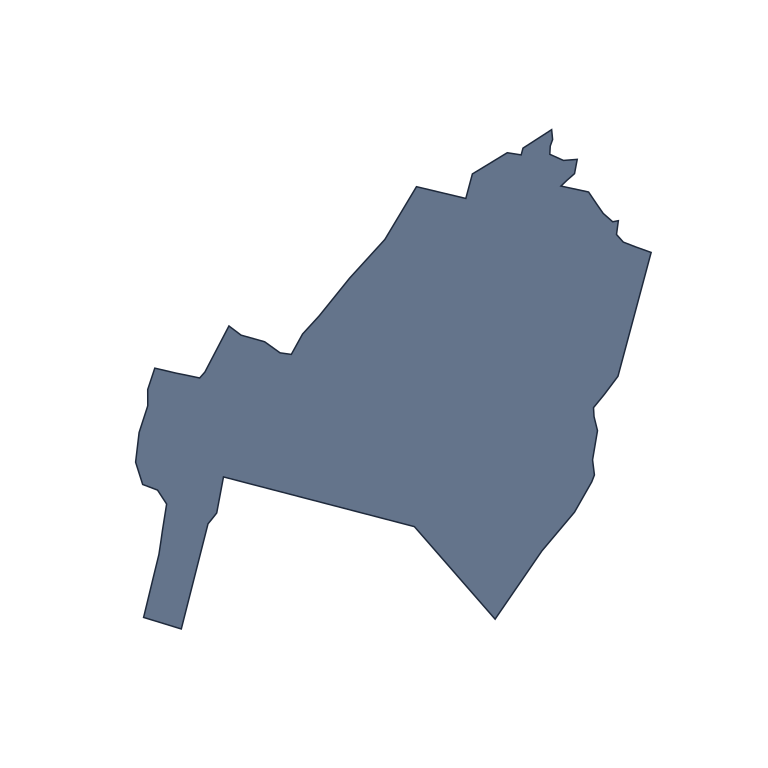 Yoloten, Mary, Turkmenistan (Mercator projection), rotated 105°
{"feature_id": "10190150B71181095534415", "entity_name": "Yoloten", "entity_type": "district", "adm_level": 2, "iso_a3": "TKM", "parent_name": "Turkmenistan", "parent_adm1": "Mary", "projection": "mercator", "projection_center": [63.056, 37.187], "detail": "fine", "context": "isolated", "style": "filled", "palette": "slate", "viewbox_px": 768, "rotation_deg": 105, "n_neighbors": 0, "source": "geoboundaries", "source_scale": "gbopen_adm2", "svg_char_len": 1117}
<svg xmlns="http://www.w3.org/2000/svg" viewBox="0 0 768 768"><g transform="rotate(105 384 384)"><path d="M458.5,166.8L424.8,158.0L417.4,157.2L403.3,162.9L373.8,165.7L361.1,172.7L352.6,175.5L337.1,168.5L316.0,160.0L282.9,160.0L246.3,160.0L211.1,160.0L187.8,160.0L186.4,176.9L185.0,189.6L179.4,198.1L165.6,199.9L168.1,205.1L162.5,216.4L155.4,224.8L145.6,236.1L147.0,264.3L139.9,260.0L131.5,254.4L117.0,255.5L121.6,268.5L119.2,283.3L111.1,285.0L104.2,284.4L95.7,287.6L94.9,287.9L120.2,310.8L127.2,310.8L128.7,324.8L158.2,353.0L183.6,353.0L185.0,403.7L244.2,420.6L290.6,444.6L335.1,464.3L356.8,475.6L379.4,481.2L380.8,492.5L374.1,510.2L373.8,534.7L368.1,548.8L418.8,560.1L425.9,563.6L426.7,578.4L427.3,587.5L428.0,609.5L450.5,610.8L466.0,606.6L467.4,606.6L494.2,608.0L523.8,603.7L543.5,591.1L545.1,575.3L556.2,562.9L582.9,560.1L592.7,558.9L606.9,557.3L616.1,557.1L629.8,556.8L630.1,556.8L671.7,555.8L671.7,555.7L673.1,516.4L564.6,517.8L559.3,515.4L551.9,512.2L515.3,515.0L514.7,429.9L513.9,317.8L514.2,317.3L582.4,215.8L580.3,215.1L504.4,188.3L458.5,166.8Z" fill="#64748b" stroke="#1e293b" stroke-width="1.5"/></g></svg>